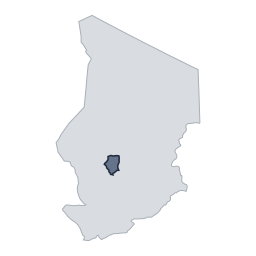 Fitri, Batha, Chad shown in context
{"feature_id": "50815135B60006364885554", "entity_name": "Fitri", "entity_type": "district", "adm_level": 2, "iso_a3": "TCD", "parent_name": "Chad", "parent_adm1": "Batha", "projection": "orthographic", "projection_center": [17.521, 12.811], "detail": "fine", "context": "in_parent", "style": "filled", "palette": "slate", "viewbox_px": 256, "rotation_deg": 0, "n_neighbors": 0, "source": "geoboundaries", "source_scale": "gbopen_adm2", "svg_char_len": 4129}
<svg xmlns="http://www.w3.org/2000/svg" viewBox="0 0 256 256"><path d="M198.1,69.6L198.3,75.9L198.5,82.2L198.8,88.5L199.0,94.8L199.2,101.1L199.4,107.4L199.6,113.7L199.8,120.0L199.9,122.1L199.7,122.9L199.7,123.0L199.4,123.2L196.2,122.7L194.8,122.7L192.8,123.2L189.9,123.5L188.0,123.5L186.7,124.6L185.7,125.9L186.3,129.0L186.2,130.1L185.9,131.2L185.0,132.1L184.1,132.9L183.6,133.5L183.0,134.9L182.5,135.6L182.6,136.5L182.4,137.4L181.9,137.9L180.6,138.3L179.7,138.8L179.0,139.5L178.5,140.0L178.8,140.6L179.2,141.5L179.4,142.9L179.5,143.7L180.2,144.4L180.7,144.8L180.8,145.4L180.4,145.9L178.8,147.0L178.1,147.4L177.4,147.9L177.1,148.1L175.9,149.1L175.3,149.9L175.0,150.7L175.0,151.6L175.7,153.1L176.4,154.3L176.7,155.3L176.8,156.3L176.8,157.3L176.5,158.1L175.9,158.9L173.6,160.4L172.5,162.0L171.6,164.0L171.4,165.0L171.6,165.7L172.1,166.3L172.8,166.6L173.8,166.7L175.5,166.3L177.0,166.1L178.7,166.7L179.6,168.3L179.2,169.5L179.9,171.7L180.5,174.2L180.5,175.1L180.7,175.4L181.8,175.6L182.0,176.2L181.7,180.7L182.2,182.0L183.0,182.9L183.7,183.3L184.5,183.9L184.9,184.3L185.9,184.4L186.9,185.2L187.2,186.3L187.1,187.4L186.6,189.7L186.1,191.3L185.5,191.2L184.3,190.8L182.8,190.5L181.0,190.3L179.3,190.9L177.5,191.8L176.9,192.4L176.4,192.8L175.6,192.7L174.8,192.8L174.4,193.4L173.8,194.1L171.1,195.5L170.5,195.9L170.2,196.4L170.2,197.0L170.5,198.0L170.5,199.4L169.9,200.5L169.2,201.2L168.5,201.5L167.8,201.7L167.4,202.1L166.0,204.6L165.4,205.1L164.2,205.0L160.6,208.8L160.3,209.9L159.0,211.4L157.4,213.2L155.9,214.0L155.8,214.3L155.4,214.7L154.5,215.0L151.4,217.2L147.6,217.1L146.0,218.0L144.4,218.3L142.0,218.8L141.3,218.7L138.3,218.9L134.7,218.9L133.3,219.2L132.0,220.0L131.1,220.7L131.0,220.9L131.1,221.2L131.1,221.5L133.6,223.1L134.2,224.0L133.6,224.8L133.3,224.9L133.2,225.0L132.8,225.6L131.4,227.5L129.2,229.8L128.0,230.5L127.6,230.9L127.0,232.4L126.6,232.6L125.1,232.8L122.0,233.0L117.8,233.5L115.3,233.7L113.8,233.5L111.6,234.6L110.8,234.9L110.3,234.9L108.1,235.9L106.3,237.5L105.7,237.8L103.1,238.5L102.1,239.5L101.6,239.6L100.0,238.2L98.9,236.9L98.3,235.6L98.3,235.2L98.0,235.3L97.1,235.8L96.3,236.5L95.9,237.7L93.3,238.6L91.0,239.3L90.0,240.2L88.4,240.6L86.4,240.4L84.8,240.1L83.3,239.9L84.0,238.8L84.3,237.9L84.4,236.9L84.3,236.2L83.4,235.8L82.8,235.3L81.5,232.0L80.2,228.6L78.3,225.3L76.2,223.1L74.7,221.8L74.2,221.7L73.5,221.3L72.9,220.9L70.2,218.6L67.4,216.0L66.7,214.9L65.3,213.1L63.7,211.3L62.9,210.5L62.5,209.1L63.6,207.8L64.8,206.1L66.2,205.0L68.1,205.0L71.2,205.5L74.5,205.7L77.8,205.4L78.6,205.1L79.5,205.2L81.3,205.6L84.3,205.5L85.9,204.8L84.2,203.7L82.4,201.8L80.7,199.8L79.6,198.0L78.7,195.7L77.8,192.8L77.3,189.1L77.4,187.0L77.7,185.5L78.7,183.1L78.1,181.6L78.2,180.5L78.1,178.7L77.9,177.9L76.7,175.0L76.5,174.7L75.4,172.7L75.0,169.4L73.8,167.2L71.9,166.2L70.9,164.9L70.5,162.6L69.8,162.0L66.8,161.2L64.3,161.1L62.5,158.5L60.2,155.2L58.1,152.2L56.8,146.0L56.1,142.5L57.0,141.5L58.8,139.0L61.2,134.3L66.3,127.1L69.0,123.3L74.2,117.8L80.6,111.0L84.2,107.1L84.9,100.1L85.6,92.6L86.1,87.0L86.7,80.3L87.2,74.7L87.6,70.7L88.2,64.9L88.6,63.8L91.1,59.3L91.3,58.7L90.8,58.0L87.4,54.1L86.3,53.2L85.7,51.2L86.6,50.1L82.6,43.7L81.6,42.9L81.1,42.1L81.1,41.0L81.1,36.5L80.1,29.6L78.8,21.5L83.7,19.3L87.3,17.6L92.0,15.4L96.3,17.7L102.5,21.0L108.7,24.3L115.0,27.6L121.3,30.9L127.6,34.2L133.9,37.4L140.2,40.7L146.6,44.0L153.0,47.2L159.4,50.4L165.8,53.7L172.2,56.9L178.7,60.1L185.1,63.3L191.6,66.5L198.1,69.6Z" fill="#d9dde1" stroke="#a8b0b8" stroke-width="1"/><path d="M108.0,156.5L108.1,159.6L107.0,161.1L106.6,161.9L105.8,162.4L104.7,163.4L104.3,164.4L105.0,164.9L105.5,165.2L106.0,165.6L106.3,166.3L106.7,167.6L106.8,168.1L107.5,168.8L108.3,169.6L108.8,169.8L108.8,171.0L109.0,171.8L109.5,172.5L110.1,172.9L110.4,173.5L110.4,174.1L110.9,174.5L111.7,174.5L112.4,174.8L113.0,174.9L112.6,173.9L113.2,173.3L114.0,172.9L117.0,170.4L118.8,170.3L118.5,169.5L118.1,168.6L117.7,167.2L117.8,165.8L118.1,164.4L118.8,163.2L119.2,161.6L119.1,160.5L119.1,159.5L119.2,157.9L119.1,156.9L118.8,155.8L118.1,155.7L115.2,155.7L113.2,156.1L112.1,155.7L111.0,155.5L109.9,155.8L108.0,156.5Z" fill="#64748b" stroke="#1e293b" stroke-width="1.5"/></svg>